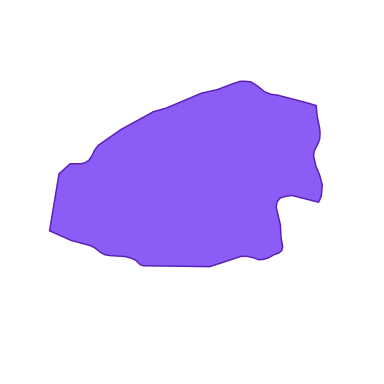 Tafilah, Albers equal-area conic projection, rotated 159°
{"feature_id": "JOR-852", "entity_name": "Tafilah", "entity_type": "Province", "adm_level": 1, "iso_a3": "JOR", "parent_name": "Jordan", "parent_adm1": "", "projection": "albers", "projection_center": [35.57, 30.801], "detail": "fine", "context": "isolated", "style": "filled", "palette": "violet", "viewbox_px": 384, "rotation_deg": 159, "n_neighbors": 0, "source": "natural_earth", "source_scale": "10m", "svg_char_len": 965}
<svg xmlns="http://www.w3.org/2000/svg" viewBox="0 0 384 384"><g transform="rotate(159 192 192)"><path d="M45.1,228.2L48.1,217.6L49.9,206.2L51.3,201.1L53.8,195.7L56.8,192.2L63.4,186.3L65.6,182.0L67.0,172.1L66.8,162.0L67.9,151.8L72.8,141.7L77.5,137.1L80.5,139.2L99.7,152.8L105.1,154.3L112.0,154.8L116.3,152.1L118.8,147.7L121.3,129.4L125.2,117.7L126.9,108.6L129.3,105.1L132.9,103.9L137.8,104.1L144.7,103.1L149.6,103.5L153.9,104.8L158.2,108.6L163.6,112.2L169.1,114.3L202.0,115.9L263.9,140.6L266.5,142.9L267.6,145.6L269.2,148.8L272.8,152.3L277.7,155.8L291.7,162.2L295.7,164.6L298.7,167.9L302.8,174.7L305.8,178.1L322.3,190.2L338.9,206.8L309.6,256.7L295.5,262.0L285.1,258.0L281.1,257.7L276.9,258.6L272.1,261.9L268.3,265.7L262.8,269.2L235.4,275.9L199.2,280.8L186.1,279.6L147.6,280.9L131.8,278.5L116.3,278.5L107.5,278.1L103.1,276.5L97.6,273.8L92.9,267.5L88.3,259.5L83.2,254.9L77.3,251.7L50.9,232.7L45.1,228.2Z" fill="#8b5cf6" stroke="#5b21b6" stroke-width="1.5"/></g></svg>